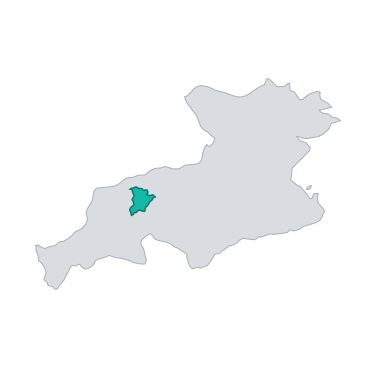 Hochon, Hamgyŏng-namdo, North Korea (highlighted), rotated 198°
{"feature_id": "82179303B14875494019042", "entity_name": "Hochon", "entity_type": "district", "adm_level": 2, "iso_a3": "PRK", "parent_name": "North Korea", "parent_adm1": "Hamgyŏng-namdo", "projection": "robinson", "projection_center": [128.612, 40.869], "detail": "fine", "context": "in_parent", "style": "filled", "palette": "teal", "viewbox_px": 384, "rotation_deg": 198, "n_neighbors": 0, "source": "geoboundaries", "source_scale": "gbopen_adm2", "svg_char_len": 4781}
<svg xmlns="http://www.w3.org/2000/svg" viewBox="0 0 384 384"><g transform="rotate(198 192 192)"><path d="M228.4,280.3L226.9,281.1L224.4,285.4L222.0,290.9L219.7,293.9L217.1,295.5L214.2,296.5L208.6,296.9L203.5,296.5L201.8,295.9L194.8,296.3L192.9,296.7L182.8,296.2L177.5,296.7L174.2,297.7L170.8,300.0L167.8,303.3L165.2,306.9L159.9,313.4L156.2,316.5L156.1,321.1L156.0,322.5L154.7,323.5L154.3,323.1L152.1,322.7L143.6,318.5L136.5,321.1L134.7,324.4L132.8,325.5L130.1,319.0L125.5,318.8L118.3,313.0L115.1,314.2L114.3,316.5L110.2,321.8L104.6,326.1L102.8,326.7L100.7,326.4L101.0,325.2L98.8,320.3L90.0,318.3L86.8,316.3L85.2,315.8L94.0,310.4L96.2,309.4L94.6,308.1L92.7,307.5L85.6,308.3L81.9,306.5L76.5,307.1L72.8,305.7L80.6,300.3L81.0,297.2L81.0,294.8L85.0,287.7L89.0,283.8L99.3,278.2L103.7,277.4L107.0,277.6L109.6,277.1L106.9,275.0L104.2,274.0L98.9,274.2L93.4,271.0L93.0,267.6L103.9,246.2L104.0,244.3L102.4,239.1L102.0,234.0L94.4,231.1L91.1,230.8L81.4,225.1L77.6,222.2L76.0,223.0L75.7,227.6L74.3,228.6L71.7,229.5L70.5,224.3L68.5,220.5L62.1,216.7L59.8,214.5L61.0,210.0L60.4,209.6L61.6,204.5L65.6,200.5L75.4,193.5L77.9,190.2L82.9,186.4L85.1,186.5L87.4,186.1L88.1,184.4L88.7,183.1L90.7,181.9L95.4,179.8L100.8,177.0L105.1,176.2L110.4,172.0L112.6,170.2L114.7,170.2L115.3,169.3L116.5,167.1L118.2,165.7L120.6,165.4L124.4,164.4L129.1,163.8L132.4,160.2L133.5,157.7L135.7,154.9L140.3,151.9L143.4,147.4L146.9,142.6L148.6,141.0L150.2,140.7L151.2,138.9L152.4,133.7L154.0,128.7L155.0,126.3L159.0,123.7L160.0,122.5L160.9,122.0L162.7,122.4L165.2,120.9L167.6,119.2L169.7,119.8L171.8,121.2L174.1,124.0L175.1,126.2L176.8,128.0L177.2,130.7L178.9,131.9L182.7,132.5L188.9,134.3L192.9,134.4L195.2,135.8L200.0,136.5L209.6,135.5L213.5,136.1L215.2,137.8L217.6,139.1L219.2,139.2L221.3,136.9L223.6,133.2L225.1,130.3L225.0,128.0L223.7,125.6L220.6,123.3L218.5,119.8L216.5,116.2L215.4,115.0L214.4,113.2L214.2,110.5L214.9,108.7L219.7,107.5L225.8,106.8L230.7,107.5L239.0,107.0L244.1,106.0L247.8,106.1L251.3,106.1L252.8,104.6L257.7,100.8L260.0,99.5L262.5,96.9L262.9,94.3L263.4,92.2L264.9,89.9L267.4,87.0L269.5,85.7L271.9,85.9L274.5,87.2L276.1,88.5L277.9,88.1L279.4,85.9L280.4,85.5L283.3,85.3L284.1,83.9L285.2,77.4L286.3,72.2L286.5,68.6L289.1,62.6L289.8,59.0L291.4,57.3L293.1,57.4L294.6,58.5L296.5,59.1L299.0,58.5L300.7,59.4L301.8,61.4L305.5,62.7L305.9,63.7L305.8,70.2L307.9,73.2L310.6,76.0L314.3,78.5L316.3,79.0L317.5,80.8L318.6,83.9L321.3,86.9L322.7,89.1L323.0,91.4L324.2,92.7L322.1,94.1L319.3,93.2L314.7,92.7L308.8,97.2L305.6,98.7L303.3,103.1L298.7,105.7L296.2,108.5L292.9,113.3L290.8,117.9L285.9,122.7L283.0,128.7L282.9,133.8L286.1,139.0L286.4,143.5L284.2,152.6L285.5,162.4L284.1,166.2L268.8,172.8L264.8,176.1L259.2,184.8L252.3,188.0L248.1,191.5L242.1,193.6L238.3,199.7L234.2,203.1L229.2,205.2L225.5,207.9L217.2,208.1L211.4,210.0L207.2,215.1L194.6,220.9L192.9,225.4L193.7,232.2L193.8,237.4L192.7,241.7L189.9,240.5L188.4,241.9L186.8,245.8L187.2,250.4L191.5,251.8L195.1,253.7L200.0,254.6L203.7,256.7L211.5,266.3L217.8,270.4L219.5,272.0L223.1,274.1L226.5,277.4L228.4,280.3ZM82.9,233.5L80.5,235.0L80.4,232.4L82.2,230.2L84.1,229.9L82.9,233.5Z" fill="#d9dde1" stroke="#a8b0b8" stroke-width="1"/><path d="M231.0,160.0L231.2,161.3L231.3,161.9L231.3,162.9L231.2,163.5L230.3,164.9L230.1,165.2L229.9,166.1L229.8,166.3L229.7,166.9L229.4,168.4L229.2,169.3L228.9,170.1L228.6,170.6L228.4,170.8L227.9,171.3L227.8,171.6L227.4,172.6L227.3,172.9L227.2,174.1L227.1,174.4L226.9,174.7L226.6,174.9L226.1,175.4L225.4,175.9L225.6,176.1L226.4,176.3L227.5,176.8L228.6,177.2L229.1,176.9L229.7,176.4L230.5,175.8L231.1,175.4L231.8,175.4L232.6,175.4L234.4,175.4L234.3,176.0L234.0,176.8L233.8,177.8L234.3,178.7L234.9,179.4L235.5,180.0L235.6,179.9L237.1,179.5L238.0,178.8L238.8,178.6L239.3,178.7L239.8,179.3L240.3,179.6L241.3,179.6L242.2,179.4L243.1,178.9L243.9,178.9L244.8,179.2L245.3,179.4L245.7,179.4L246.5,179.5L247.9,178.8L248.7,178.1L249.4,177.5L250.0,177.1L250.4,176.9L250.9,176.5L251.5,176.1L251.7,175.5L251.0,175.8L250.6,175.8L250.1,175.8L249.5,175.5L249.1,174.7L248.3,173.4L247.5,172.5L247.0,171.7L246.2,171.1L245.9,170.4L245.8,169.7L246.1,168.7L246.4,168.1L246.5,167.3L246.7,166.6L246.4,166.0L245.9,165.6L245.5,165.3L245.1,164.7L244.4,164.2L243.9,163.2L243.6,162.7L243.5,161.9L243.7,161.2L244.2,160.5L244.5,159.9L245.1,158.9L245.5,157.8L245.7,156.7L245.7,155.8L245.4,155.3L245.2,154.8L244.5,154.3L244.0,153.7L243.5,153.0L243.1,152.1L242.7,151.7L242.3,151.1L242.0,151.3L241.4,152.1L240.9,152.8L240.7,153.3L240.7,153.6L240.8,154.1L240.7,154.3L240.5,154.5L239.1,155.1L238.8,155.3L238.6,155.6L237.9,157.0L237.8,157.3L237.4,157.8L236.9,158.2L236.6,158.4L236.3,158.4L235.5,158.6L234.6,158.6L233.4,158.6L232.2,158.6L231.4,158.8L231.1,159.0L231.0,159.3L231.0,159.5L231.0,159.9L231.0,160.0Z" fill="#14b8a6" stroke="#0f766e" stroke-width="1.5"/></g></svg>